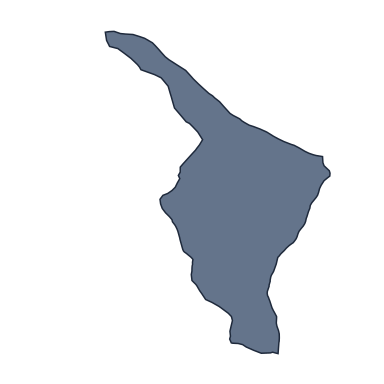 outline of Chhali, Mongar, Bhutan, rotated 109°
{"feature_id": "84629894B6753037066473", "entity_name": "Chhali", "entity_type": "district", "adm_level": 2, "iso_a3": "BTN", "parent_name": "Bhutan", "parent_adm1": "Mongar", "projection": "equal_earth", "projection_center": [91.234, 27.295], "detail": "fine", "context": "isolated", "style": "filled", "palette": "slate", "viewbox_px": 384, "rotation_deg": 109, "n_neighbors": 0, "source": "geoboundaries", "source_scale": "gbopen_adm2", "svg_char_len": 2652}
<svg xmlns="http://www.w3.org/2000/svg" viewBox="0 0 384 384"><g transform="rotate(109 192 192)"><path d="M321.9,105.7L321.7,104.2L320.2,99.0L319.8,94.4L320.9,90.3L321.6,82.0L321.9,74.0L318.6,65.5L317.2,63.6L317.1,61.6L316.8,58.0L306.2,60.8L304.8,61.0L301.6,61.9L297.8,63.3L295.0,65.0L291.1,68.1L288.5,69.6L283.3,71.1L282.2,71.5L279.2,74.7L277.7,76.4L275.4,78.7L272.6,80.8L269.8,82.9L267.9,84.5L266.6,85.5L265.4,86.8L263.4,87.9L261.4,88.4L260.1,88.4L256.1,88.4L254.9,88.8L251.0,89.0L249.9,89.4L246.4,89.9L244.5,89.8L242.2,89.3L240.4,89.0L232.7,88.9L225.9,89.6L223.8,88.6L222.1,88.1L220.6,87.4L217.3,85.7L214.3,84.5L211.0,82.7L208.4,80.9L207.0,79.8L204.7,79.0L202.3,78.3L200.1,78.1L196.8,78.2L194.3,78.0L191.3,77.0L187.9,75.7L185.2,75.1L182.9,75.0L179.6,75.4L178.0,75.3L172.8,75.5L169.0,75.3L166.2,75.8L163.1,75.2L160.2,74.1L156.6,72.8L154.2,72.2L151.0,72.2L147.2,72.5L143.6,72.1L138.3,70.8L134.7,68.6L132.1,66.9L129.3,67.6L127.2,69.1L125.9,72.0L124.2,75.7L121.6,77.8L116.0,80.1L117.1,86.6L117.3,89.5L117.3,94.0L116.8,98.4L115.5,104.8L114.6,110.7L114.7,113.5L114.4,121.5L113.6,128.2L112.8,132.9L112.5,134.3L111.0,140.8L110.3,148.2L110.1,155.2L110.2,159.7L109.2,165.1L108.5,168.0L107.3,170.7L106.7,174.7L106.2,178.1L105.3,181.7L103.9,184.2L100.6,190.2L97.7,195.3L95.6,201.3L94.4,203.8L93.3,208.2L90.2,215.5L87.7,221.2L84.7,227.5L82.0,232.3L79.1,237.6L77.8,243.0L76.3,249.3L74.5,256.7L72.8,261.5L69.9,266.7L68.2,269.6L65.7,274.2L63.8,278.0L63.2,281.1L62.1,286.8L62.1,292.3L62.3,299.1L64.3,306.3L65.5,311.3L65.5,318.0L67.3,322.5L69.1,326.0L76.5,322.1L81.2,317.3L80.7,310.8L80.5,308.8L81.1,307.0L82.2,303.4L85.5,293.3L86.0,292.2L89.3,285.0L91.0,282.3L93.0,280.1L93.1,272.9L93.2,265.6L94.1,258.3L96.0,255.1L99.7,249.0L105.4,245.0L108.7,242.6L113.9,239.0L118.3,235.9L123.3,227.4L127.5,220.4L128.0,216.7L130.1,212.4L133.4,206.1L139.1,199.0L145.1,200.3L149.2,201.7L151.3,202.3L154.9,203.9L163.1,207.4L168.7,209.8L172.3,211.2L177.1,209.6L180.8,210.3L183.3,207.9L188.1,208.8L193.0,209.4L197.1,211.4L201.3,214.5L204.6,218.4L209.3,219.9L210.9,219.1L213.5,217.8L217.3,214.7L220.3,210.2L222.6,205.4L224.7,201.9L226.5,200.8L228.8,197.4L229.8,196.2L231.8,194.2L233.7,192.6L239.5,188.6L240.6,188.0L242.1,187.0L249.2,182.1L250.5,180.9L251.2,179.7L251.9,177.3L252.7,175.2L253.8,172.2L254.9,170.0L255.6,169.1L258.2,168.7L260.3,167.9L261.7,167.8L263.0,167.5L264.4,167.1L266.9,166.3L270.3,165.8L273.6,164.2L275.7,163.2L277.0,160.6L278.0,158.5L278.9,157.1L282.9,152.5L284.9,149.7L289.2,144.1L289.9,137.1L291.4,129.1L294.8,118.3L296.9,114.2L300.4,111.9L305.6,111.4L311.3,110.8L315.8,108.7L318.8,108.5L321.9,105.7Z" fill="#64748b" stroke="#1e293b" stroke-width="1.5"/></g></svg>